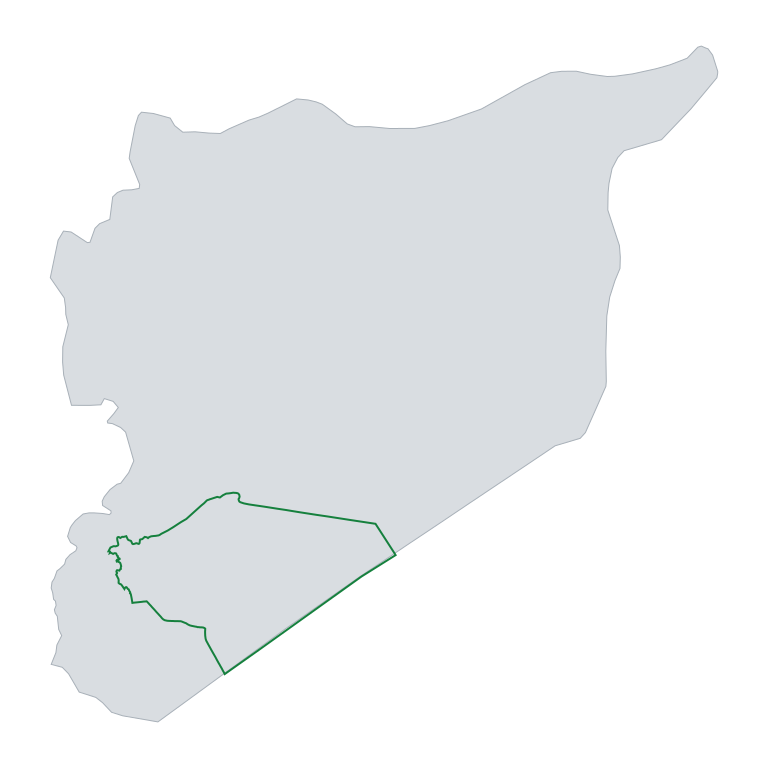 Duma, Rif Dimashq, Syria shown in context
{"feature_id": "27442178B16442606574703", "entity_name": "Duma", "entity_type": "district", "adm_level": 2, "iso_a3": "SYR", "parent_name": "Syria", "parent_adm1": "Rif Dimashq", "projection": "equal_earth", "projection_center": [36.727, 33.326], "detail": "fine", "context": "in_parent", "style": "outline", "palette": "green", "viewbox_px": 768, "rotation_deg": 0, "n_neighbors": 0, "source": "geoboundaries", "source_scale": "gbopen_adm2", "svg_char_len": 5671}
<svg xmlns="http://www.w3.org/2000/svg" viewBox="0 0 768 768"><path d="M63.5,231.1L71.1,232.0L87.3,242.6L90.0,242.3L95.0,228.3L99.7,223.6L109.8,219.4L112.7,196.9L117.4,192.5L123.0,190.2L131.7,189.8L139.2,188.4L139.7,184.5L129.2,158.4L130.1,151.9L135.2,125.7L138.4,115.5L141.5,112.2L153.4,113.5L170.2,118.1L174.6,125.6L182.8,132.2L195.1,131.8L209.2,133.1L220.3,133.5L229.1,128.8L249.0,120.1L258.9,117.1L267.9,113.2L296.6,98.9L308.2,100.0L316.1,101.9L322.2,104.2L335.8,114.0L347.2,123.9L355.1,126.8L369.2,126.6L389.7,128.5L414.9,128.4L429.5,125.6L448.2,120.7L481.4,109.0L525.0,84.6L550.6,72.7L561.7,71.3L576.2,71.2L590.7,74.3L607.2,76.5L614.7,76.3L632.5,73.9L655.4,68.9L669.8,64.9L687.2,58.2L697.8,47.2L701.3,46.1L705.9,48.1L708.0,48.8L712.6,55.1L717.7,71.3L717.7,73.1L716.9,77.7L705.9,91.0L690.8,109.0L679.9,120.4L661.5,139.7L647.6,143.8L624.1,150.7L617.8,157.5L612.1,168.4L609.0,183.3L608.1,192.6L607.8,210.0L613.7,228.1L619.4,245.5L620.3,257.0L620.0,268.4L615.0,280.5L609.7,297.1L606.8,316.0L605.8,351.3L606.3,381.4L605.9,386.3L596.5,407.6L585.4,432.6L580.2,438.3L555.1,445.8L527.9,464.1L497.4,484.5L469.6,503.1L440.5,522.7L410.2,542.9L388.5,557.5L359.5,576.9L333.0,595.5L306.2,614.3L285.7,628.6L254.6,651.3L236.4,664.6L209.6,684.2L185.9,701.5L157.9,721.9L122.7,715.8L111.6,712.3L102.5,702.6L95.8,697.4L79.2,692.1L68.6,673.8L62.3,667.3L51.2,664.4L55.9,652.7L56.9,645.0L61.7,635.6L58.7,629.4L57.3,616.3L55.2,613.1L54.4,609.7L56.1,605.5L55.5,601.2L53.6,599.3L52.7,592.8L51.2,588.0L52.0,582.1L54.4,578.3L57.0,570.9L59.9,568.7L64.6,564.1L65.9,559.3L70.1,554.6L75.8,550.8L77.0,547.7L76.2,546.0L70.6,542.5L67.6,536.4L70.3,527.6L72.1,524.8L75.5,520.5L83.1,514.0L89.0,512.9L94.1,512.9L102.7,513.5L109.4,514.6L111.1,513.0L110.9,510.8L102.6,505.5L102.2,501.2L104.3,496.7L110.1,489.5L117.1,484.2L120.7,483.3L128.7,472.7L133.8,460.9L125.6,432.1L120.6,427.5L112.4,423.6L107.7,423.0L107.3,421.1L113.7,413.8L118.3,407.5L113.2,401.4L104.3,398.6L100.9,404.8L89.4,405.4L71.5,405.3L63.7,375.1L62.6,362.0L62.8,346.8L68.3,324.7L65.8,314.4L65.6,307.5L64.3,298.0L50.3,277.7L58.1,240.2L63.5,231.1Z" fill="#d9dde1" stroke="#a8b0b8" stroke-width="1"/><path d="M109.9,553.0L110.6,552.6L112.0,553.3L113.1,553.9L113.6,553.6L114.4,553.2L115.8,553.3L116.2,553.6L117.1,555.8L117.9,556.2L117.9,556.6L117.8,557.2L118.1,557.6L118.9,558.2L119.6,558.6L119.6,559.2L118.8,559.7L118.0,559.5L117.0,559.8L116.5,560.6L116.8,561.6L118.1,561.3L118.5,561.9L119.5,562.3L120.2,562.9L120.5,563.7L120.7,564.3L121.1,565.9L121.2,566.2L120.9,566.9L120.8,568.0L120.9,568.9L120.0,569.4L119.4,570.6L117.5,570.2L116.9,570.3L116.5,571.1L116.4,571.6L116.6,572.2L117.1,573.0L116.7,573.8L116.2,574.6L116.5,575.2L117.0,576.0L117.6,577.4L118.2,578.4L118.5,579.2L118.7,580.6L118.6,581.9L118.6,582.9L119.0,583.3L119.6,583.8L120.9,584.3L121.5,584.9L122.4,586.1L123.4,587.6L124.4,589.0L124.6,588.5L125.5,587.3L126.5,587.2L127.3,588.2L127.9,589.0L128.7,589.4L129.3,590.9L130.2,592.3L130.1,592.5L130.1,592.8L130.1,593.0L130.0,593.3L130.8,594.1L131.6,598.1L132.2,601.7L132.4,602.9L134.4,602.6L137.6,602.3L142.1,601.8L143.3,601.6L145.4,601.5L146.4,601.3L146.9,601.5L147.7,602.4L148.3,603.0L149.7,604.6L150.8,605.7L151.8,606.9L153.1,608.3L154.5,609.8L155.1,610.5L156.5,612.1L160.1,616.0L160.7,616.6L161.8,618.0L162.7,618.9L163.3,619.4L164.0,619.8L164.7,620.2L166.1,620.5L166.9,620.7L167.7,620.8L169.4,620.9L171.8,621.0L173.0,621.0L174.3,621.1L175.9,621.1L177.8,621.1L178.7,621.2L180.4,621.2L181.7,621.5L182.6,621.9L184.6,622.7L186.4,623.4L187.3,624.1L188.6,624.8L189.9,625.4L191.9,625.9L195.4,626.6L196.7,626.8L197.4,627.1L198.2,627.1L198.4,627.1L199.2,627.2L199.4,627.2L199.7,627.3L201.3,627.3L201.7,627.4L202.0,627.4L203.1,627.5L204.4,628.0L205.2,628.6L205.2,630.0L205.1,631.2L205.1,631.8L205.1,632.5L205.1,632.8L205.2,635.1L205.2,635.7L205.4,637.0L205.5,638.0L205.7,639.1L206.3,640.8L207.4,642.8L208.3,644.5L209.6,646.8L211.3,649.9L213.0,652.9L213.8,654.3L215.3,656.9L217.0,660.1L218.4,662.6L218.9,663.5L219.6,664.6L220.1,665.6L221.9,668.7L222.8,670.5L223.5,671.7L223.9,672.4L223.9,672.5L224.7,674.1L260.0,649.1L361.5,576.5L395.6,555.1L394.4,553.1L375.5,523.8L361.6,521.7L351.0,520.1L339.4,518.3L327.1,516.4L316.8,514.9L307.1,513.4L300.6,512.4L292.0,511.0L286.0,510.0L277.9,508.8L264.5,506.7L259.1,505.9L255.6,505.4L248.9,504.4L243.9,503.4L240.3,502.2L239.3,501.5L238.8,500.3L238.6,499.6L238.6,499.0L239.1,498.3L239.6,496.7L239.3,495.1L239.2,494.7L238.8,494.2L238.3,493.6L237.3,493.1L236.9,493.1L236.3,493.0L236.1,492.9L235.7,492.9L234.9,492.9L234.5,492.8L233.2,492.7L230.9,493.1L228.7,493.4L226.2,493.6L223.0,495.2L219.9,497.5L217.2,496.9L214.1,497.9L211.1,498.9L209.4,499.4L208.9,499.7L207.8,500.0L206.9,500.4L204.0,503.3L201.4,505.4L193.5,512.5L186.3,519.0L181.3,521.9L178.2,523.9L173.8,526.8L167.8,530.5L161.3,533.8L159.7,534.9L158.6,535.4L157.2,535.6L156.1,535.8L155.3,535.9L153.8,536.0L153.0,536.1L151.2,536.3L149.2,537.1L148.0,538.1L147.2,537.5L146.4,537.2L144.7,536.9L142.3,539.1L140.2,539.5L139.9,539.9L139.9,540.5L139.7,541.7L139.6,543.0L139.1,543.6L138.8,543.9L138.2,543.8L137.2,543.4L136.2,543.2L135.1,543.6L134.1,543.9L133.0,544.1L132.3,543.7L131.5,542.0L131.1,541.1L130.5,540.7L129.3,540.4L127.9,539.6L126.7,537.1L126.3,536.2L123.6,536.9L122.2,536.8L120.3,538.0L119.2,537.2L118.2,537.0L117.4,537.5L117.2,538.4L117.2,539.2L117.5,541.0L118.1,543.3L118.3,544.5L118.2,545.0L118.0,545.4L117.2,545.8L116.6,546.0L116.1,546.2L115.8,546.3L115.1,546.3L114.2,546.2L113.6,546.2L113.3,546.3L110.5,547.5L109.5,549.3L108.5,551.3L108.8,551.3L109.0,551.4L109.3,551.4L109.6,551.4L109.7,551.5L109.8,551.5L110.0,551.6L110.1,551.8L110.0,552.1L110.0,552.4L110.0,552.7L109.9,553.0L109.9,553.0Z" fill="none" stroke="#15803d" stroke-width="2"/></svg>